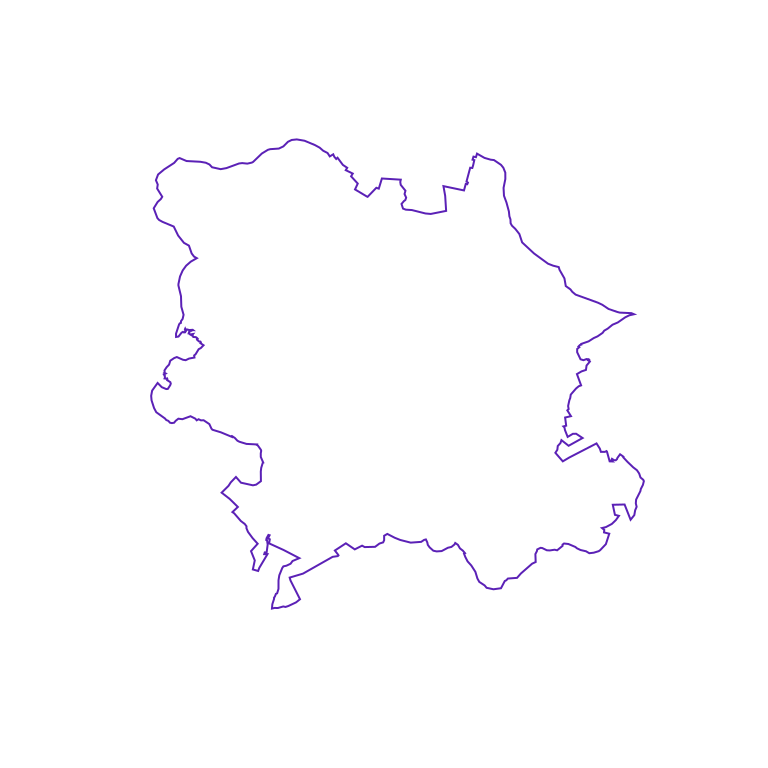 Cojocna, Cluj, Romania, rotated 197°
{"feature_id": "2599482B9725035335069", "entity_name": "Cojocna", "entity_type": "district", "adm_level": 2, "iso_a3": "ROU", "parent_name": "Romania", "parent_adm1": "Cluj", "projection": "equal_earth", "projection_center": [23.848, 46.739], "detail": "fine", "context": "isolated", "style": "outline", "palette": "violet", "viewbox_px": 768, "rotation_deg": 197, "n_neighbors": 0, "source": "geoboundaries", "source_scale": "gbopen_adm2", "svg_char_len": 6154}
<svg xmlns="http://www.w3.org/2000/svg" viewBox="0 0 768 768"><g transform="rotate(197 384 384)"><path d="M645.5,540.3L647.1,539.0L649.3,534.1L657.0,524.9L661.3,518.3L661.7,512.2L658.7,508.6L658.1,504.6L650.8,498.2L651.5,495.6L653.7,491.9L655.6,484.7L649.2,476.4L647.0,475.1L643.2,474.3L631.1,473.1L624.3,465.8L616.6,460.5L611.0,459.3L606.1,452.6L602.9,450.3L599.8,449.6L604.5,444.6L607.8,439.3L609.7,433.8L610.5,427.2L609.8,419.4L609.4,418.1L603.8,408.6L600.4,398.6L595.9,391.6L595.6,387.3L596.5,384.8L596.1,383.0L597.1,382.2L597.4,380.9L597.6,371.3L596.6,368.2L594.4,369.3L592.6,373.9L591.5,375.1L590.4,374.8L589.4,375.3L589.7,376.5L589.3,377.1L590.4,378.1L590.3,378.8L589.6,378.0L589.0,378.2L588.7,377.4L588.3,378.6L585.9,378.7L582.8,379.9L582.3,379.7L583.8,379.3L583.7,378.6L585.6,377.7L585.6,375.6L585.0,375.9L584.6,374.9L582.1,374.3L582.4,375.4L581.2,376.0L581.6,374.9L580.1,373.2L577.7,373.8L576.4,373.4L575.4,372.8L576.0,372.1L575.6,371.6L573.3,370.6L572.0,370.9L571.3,370.3L571.5,369.4L567.9,368.3L569.7,364.8L571.4,363.1L572.9,357.3L573.9,355.8L573.0,353.9L577.9,351.3L580.6,348.8L583.3,348.4L590.0,349.2L592.2,347.5L595.2,343.8L595.2,339.7L596.8,336.5L597.9,332.8L597.1,330.9L597.4,330.4L595.8,330.2L597.2,328.6L595.8,327.6L595.8,326.7L595.1,325.8L595.3,325.2L593.4,325.4L593.1,325.9L592.5,325.3L592.5,324.3L588.9,323.3L588.0,322.0L588.1,320.3L589.3,316.1L590.8,315.5L595.6,316.0L600.8,318.8L603.8,309.9L603.2,304.6L601.5,300.4L596.9,293.8L593.5,290.4L583.4,287.0L581.7,285.9L579.5,285.7L577.3,284.4L575.4,284.6L573.4,285.6L572.4,288.0L570.5,290.7L566.5,291.4L559.6,296.6L554.3,295.7L552.5,294.5L551.0,296.1L548.4,295.7L545.9,296.6L539.3,294.6L536.0,290.9L534.7,290.1L525.9,290.1L514.5,289.0L514.8,289.4L514.3,289.8L510.9,288.8L507.6,286.9L505.4,286.5L498.0,286.5L488.0,289.0L488.1,288.6L486.8,288.4L482.5,285.1L481.9,284.2L481.6,281.7L480.5,278.2L476.5,273.5L476.9,273.2L476.9,267.9L476.2,264.2L473.3,255.1L476.8,250.4L479.7,248.8L491.9,247.8L498.4,251.8L501.8,245.1L502.9,241.2L507.5,232.6L498.0,229.0L487.8,223.7L491.5,217.2L489.4,216.5L480.8,211.1L476.2,209.4L473.9,207.7L473.4,205.9L470.8,202.8L464.6,198.2L458.1,194.3L462.3,185.3L456.0,177.5L455.2,168.3L449.7,168.4L449.5,171.7L445.7,187.2L448.8,186.3L448.8,188.1L447.0,188.6L448.3,196.4L450.1,200.3L451.0,200.4L451.2,202.2L450.4,205.9L449.2,205.9L449.8,202.5L447.8,202.1L447.3,198.0L431.5,195.9L414.1,192.7L419.7,188.0L420.8,184.8L424.2,181.7L426.9,180.2L427.5,178.3L428.2,170.5L427.5,165.5L425.0,157.2L425.0,152.6L426.0,151.7L426.2,149.0L426.7,147.3L426.3,146.5L426.4,140.8L425.5,136.5L423.3,137.8L419.9,138.8L415.3,141.8L413.0,142.0L410.6,143.7L404.3,149.4L401.4,153.6L416.0,168.8L417.6,171.3L406.0,179.0L382.6,203.7L377.9,205.9L377.4,206.8L377.9,207.3L382.3,210.4L373.9,220.5L363.6,217.3L357.7,223.0L354.8,222.4L344.9,225.7L341.7,230.1L338.5,232.3L338.2,234.7L339.5,238.9L337.0,241.6L328.8,240.1L322.9,239.6L312.1,240.1L302.3,243.9L300.1,246.6L298.5,247.6L296.3,245.2L295.1,243.0L292.6,241.1L288.1,239.0L284.7,239.3L280.0,241.1L275.0,246.1L271.9,247.9L269.7,251.1L269.4,252.8L266.3,251.8L263.3,249.0L259.9,247.7L257.1,245.9L257.9,245.2L255.7,242.4L252.2,238.8L247.5,236.0L241.7,231.1L237.8,225.3L235.0,222.6L228.9,220.8L226.3,219.1L219.3,219.7L212.4,222.9L210.9,230.9L209.7,232.0L208.6,234.2L200.1,237.5L197.7,242.8L189.8,255.5L186.9,258.1L189.5,265.6L188.9,269.0L189.1,270.6L186.4,273.1L184.7,273.4L179.7,272.6L176.8,273.3L172.4,275.4L169.8,275.6L165.9,281.4L166.3,282.6L165.2,284.1L160.9,284.9L153.3,284.1L151.5,283.3L147.5,282.7L141.9,283.1L138.2,282.2L134.1,284.0L129.8,286.9L128.7,288.3L125.0,295.7L124.8,306.7L130.2,306.4L130.7,308.9L133.4,310.0L130.0,312.0L125.2,316.8L122.5,321.6L120.8,326.6L124.9,326.4L129.9,335.4L118.7,339.1L108.5,326.3L106.3,331.8L106.9,336.7L106.5,340.4L108.3,343.5L109.1,347.2L107.5,356.5L107.7,358.7L106.9,363.2L107.1,367.1L108.1,368.2L111.4,369.6L113.8,373.0L116.9,375.5L121.4,377.2L128.5,380.8L133.7,383.8L133.6,384.3L134.4,384.7L137.7,385.8L139.2,381.5L139.2,380.3L140.1,378.8L141.7,378.4L144.1,379.1L144.3,377.3L143.0,376.7L145.6,376.0L151.0,384.5L151.6,384.9L152.9,383.7L156.7,382.5L158.7,385.3L163.4,389.3L185.4,367.8L190.4,362.3L200.0,368.3L199.0,371.8L199.7,375.5L198.0,379.1L197.9,382.2L189.4,378.9L178.3,390.4L185.7,392.6L188.8,391.6L192.9,387.1L197.5,392.9L198.7,395.2L200.0,395.9L197.6,397.4L201.0,404.9L195.8,407.9L201.0,412.4L200.1,414.0L201.5,416.8L202.0,422.7L201.8,424.9L202.3,428.5L199.0,435.9L197.1,438.8L195.1,440.3L202.4,449.9L198.8,453.8L195.0,456.5L195.7,460.9L193.7,465.6L194.5,465.9L194.5,466.9L195.5,467.5L196.3,466.5L197.1,467.2L197.7,467.0L200.2,465.1L203.3,465.1L208.6,470.9L209.5,474.0L208.0,476.3L209.0,476.7L208.1,478.5L206.8,479.4L207.1,480.0L200.8,484.6L196.9,489.2L193.7,492.0L189.9,496.8L189.0,499.4L186.3,502.3L182.8,507.5L178.4,511.2L172.8,518.3L169.5,521.4L165.3,523.8L168.1,524.1L179.4,521.2L181.9,521.1L191.2,521.4L198.4,523.6L203.2,524.3L226.9,525.5L230.9,527.2L233.4,529.0L238.8,530.8L242.3,537.7L249.5,544.5L251.1,546.9L256.8,546.6L262.3,547.0L278.7,552.7L293.3,559.8L298.4,567.0L303.9,570.8L307.9,572.8L309.9,574.7L311.2,578.4L313.1,581.0L315.0,585.5L319.9,593.3L324.3,599.1L327.0,606.5L327.9,615.5L329.8,621.6L333.1,625.7L336.2,627.8L344.3,630.3L347.6,629.7L354.0,629.6L362.4,631.5L362.4,627.8L364.9,627.6L364.9,624.4L363.1,624.5L362.7,619.2L362.7,616.4L364.8,616.0L364.3,601.8L362.6,601.1L362.8,599.4L364.3,599.3L364.1,592.5L385.0,590.6L380.5,581.8L375.2,567.7L389.0,560.3L394.2,559.2L408.2,558.5L414.1,557.1L417.1,557.3L419.9,561.3L418.4,564.8L417.4,566.1L417.3,568.7L419.9,571.7L420.0,575.1L426.2,579.3L427.5,581.9L427.7,584.3L446.1,579.9L446.1,569.3L448.7,569.4L454.4,558.2L455.3,558.3L468.6,561.6L467.7,568.0L476.2,573.0L475.4,576.1L483.1,577.3L482.4,580.0L487.4,581.5L494.6,586.8L495.5,585.2L498.0,586.8L499.7,588.8L502.4,585.8L505.5,588.4L510.4,589.3L514.6,591.2L519.9,592.3L531.1,593.4L538.9,592.4L543.6,590.4L546.7,587.5L549.7,581.8L553.4,578.4L561.5,575.3L563.5,574.0L568.2,568.7L574.1,558.1L575.1,557.1L579.1,554.8L584.2,553.8L587.1,552.5L597.8,544.4L603.0,541.7L611.8,541.0L615.1,542.9L619.1,543.5L624.7,542.8L638.0,539.5L645.5,540.3Z" fill="none" stroke="#5b21b6" stroke-width="2"/></g></svg>